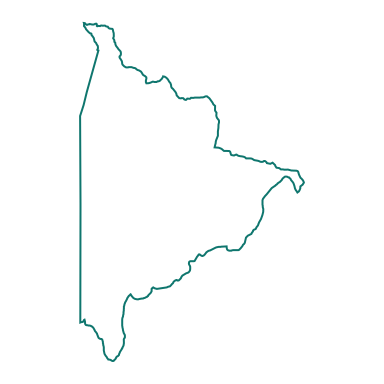 outline of Dota, San José, Costa Rica
{"feature_id": "36466004B86060640293430", "entity_name": "Dota", "entity_type": "district", "adm_level": 2, "iso_a3": "CRI", "parent_name": "Costa Rica", "parent_adm1": "San José", "projection": "robinson", "projection_center": [-83.888, 9.584], "detail": "fine", "context": "isolated", "style": "outline", "palette": "teal", "viewbox_px": 384, "rotation_deg": 0, "n_neighbors": 0, "source": "geoboundaries", "source_scale": "gbopen_adm2", "svg_char_len": 5889}
<svg xmlns="http://www.w3.org/2000/svg" viewBox="0 0 384 384"><path d="M297.4,192.5L298.9,191.4L299.7,189.9L300.3,188.3L300.3,187.0L300.4,186.4L302.8,184.5L303.1,183.8L303.8,182.8L303.9,182.4L303.0,180.4L301.4,178.5L300.7,178.0L300.3,177.4L299.0,174.6L298.1,171.6L297.4,171.0L296.3,170.7L291.4,170.5L288.0,169.6L284.5,169.7L282.9,169.4L280.9,169.4L279.4,168.2L278.6,168.0L276.5,167.7L275.4,166.1L275.1,165.1L272.6,162.7L270.3,163.8L266.9,163.1L266.7,162.5L265.9,161.7L264.9,161.0L264.0,161.0L262.8,161.8L261.2,161.9L260.2,161.7L259.2,161.2L258.0,160.8L254.2,160.1L252.8,159.2L251.7,158.6L250.2,158.4L246.1,158.4L245.1,157.4L243.9,156.8L242.0,156.4L240.2,156.2L238.4,155.8L237.3,155.2L236.6,154.6L235.8,154.7L234.0,155.5L231.7,155.1L231.1,154.8L230.9,154.3L230.2,151.9L229.8,151.4L229.1,151.0L223.9,150.9L221.6,148.9L220.3,148.3L218.6,147.7L214.6,147.4L215.0,145.6L215.7,143.0L215.7,142.1L216.1,140.3L217.9,135.8L217.9,131.4L218.4,127.9L218.5,124.5L219.0,122.5L219.0,120.8L218.5,119.7L218.0,119.2L217.2,118.2L216.6,116.9L216.3,115.7L216.5,112.7L215.4,111.2L215.0,110.2L215.1,105.9L213.4,104.4L212.5,102.6L210.0,99.1L209.3,98.2L208.0,97.2L207.3,96.6L206.9,96.3L205.4,96.4L203.7,97.2L202.6,97.4L201.0,97.4L199.8,97.6L194.8,97.6L193.4,97.9L191.0,97.8L190.4,98.5L189.9,98.8L187.3,98.6L186.3,99.7L185.9,99.9L185.2,99.8L184.1,99.3L183.8,98.7L183.2,98.2L181.5,98.1L181.1,98.3L180.4,98.3L179.2,98.1L176.7,95.4L176.3,93.6L175.6,92.2L172.9,88.8L171.7,87.8L171.3,86.9L171.1,85.9L171.1,85.1L170.4,83.1L169.2,81.7L167.9,79.4L166.4,77.8L164.7,76.7L163.1,76.4L163.0,76.9L161.6,79.1L160.6,79.9L160.1,80.6L159.4,81.0L158.6,81.3L157.7,81.3L156.5,82.0L154.4,82.0L153.3,81.7L152.6,81.7L150.4,82.7L148.7,83.2L146.4,83.3L145.9,82.2L145.9,80.5L146.4,78.5L146.3,77.3L145.2,76.2L143.2,75.0L142.6,74.3L142.4,73.7L141.0,71.6L139.0,70.4L137.6,70.0L136.5,69.3L135.6,68.4L134.6,68.0L133.6,67.9L131.4,67.1L128.8,67.1L128.1,67.4L126.1,67.4L124.3,66.4L122.6,64.7L122.2,63.8L122.1,62.5L121.8,61.1L120.8,59.4L119.8,58.0L119.5,57.1L119.5,56.7L119.7,56.2L120.5,55.5L120.9,54.3L120.9,52.9L120.6,51.5L120.1,50.9L118.4,49.1L117.7,48.0L116.2,46.1L115.8,45.3L115.4,44.2L115.2,42.6L114.4,41.9L114.3,40.3L114.0,39.5L113.2,38.4L113.3,37.7L113.7,36.9L113.8,36.2L113.7,33.1L113.3,31.9L112.8,29.5L112.4,28.9L110.6,28.7L109.4,28.5L108.6,28.0L107.8,26.7L106.5,26.5L105.9,26.3L105.2,25.7L104.6,25.6L102.4,25.7L101.8,25.5L101.0,25.5L100.1,26.1L98.2,25.9L97.7,26.2L97.1,26.2L96.8,25.9L96.8,24.2L96.3,23.7L95.3,23.8L93.8,24.5L92.0,24.5L89.7,24.0L89.3,24.3L88.3,24.3L87.3,24.8L86.6,24.8L86.0,24.5L85.2,23.4L84.6,23.1L83.9,23.0L84.1,23.7L84.0,26.1L85.3,27.6L86.1,29.3L88.6,32.1L90.2,33.4L91.1,33.5L91.4,33.8L91.7,35.4L92.4,36.0L93.8,38.1L94.6,41.5L96.1,43.0L96.7,44.4L97.8,46.0L98.0,48.1L97.6,49.2L97.3,49.7L97.4,50.1L98.4,50.5L86.8,92.0L83.6,105.1L80.1,116.0L80.5,204.7L80.3,322.5L81.0,322.2L82.4,322.0L83.1,321.7L84.1,319.9L84.5,319.7L85.0,321.6L85.1,323.8L85.8,324.9L86.6,325.2L87.4,325.2L88.3,325.5L89.5,325.5L90.9,325.9L91.4,326.3L91.7,326.3L93.2,327.6L94.6,330.0L94.7,330.5L95.2,331.3L96.2,332.4L96.8,333.4L97.0,333.6L97.3,334.8L97.7,335.5L97.9,336.4L98.7,338.0L99.8,338.7L100.9,339.0L101.5,339.0L102.2,339.5L102.9,341.9L102.9,343.2L103.2,344.0L103.2,345.0L103.6,346.2L103.8,347.5L103.8,350.4L104.5,353.8L105.6,355.7L106.6,356.9L107.4,358.4L108.2,359.2L108.3,359.5L110.0,359.7L111.1,360.2L111.5,360.6L112.6,361.0L113.2,361.0L114.1,360.5L114.3,360.0L115.0,359.5L115.8,358.5L115.8,358.2L116.7,356.7L118.0,356.0L119.0,354.9L119.1,354.0L119.8,352.6L119.8,352.2L121.9,348.9L121.9,348.6L122.3,348.2L122.3,347.9L123.5,345.6L123.9,343.2L123.8,339.3L124.2,338.4L124.8,337.7L124.9,337.2L124.9,335.6L124.7,334.7L123.8,333.2L122.9,329.9L122.9,329.2L122.5,327.7L122.4,326.7L122.2,325.8L122.2,319.5L122.4,318.0L123.0,316.5L123.2,314.9L123.5,314.1L123.5,312.4L123.6,312.2L123.6,311.2L123.8,310.9L123.8,308.9L123.9,308.7L123.9,306.4L124.2,305.9L124.5,304.1L124.8,303.6L125.1,302.5L126.0,301.0L127.2,298.6L127.2,298.3L128.6,296.2L129.0,295.7L129.5,295.5L130.3,294.5L130.6,294.3L131.9,296.3L133.5,298.1L135.0,298.9L136.9,299.3L138.4,299.3L139.2,299.0L142.2,298.5L143.1,298.5L143.8,298.1L144.6,298.0L146.1,297.2L146.9,296.9L147.0,296.7L147.3,296.6L147.8,296.0L148.0,296.0L148.3,295.3L150.7,292.9L151.6,291.3L151.6,289.3L151.7,288.7L152.2,288.4L152.3,288.1L153.2,287.4L154.7,288.3L156.9,288.9L166.8,287.4L168.0,286.8L170.0,286.3L171.4,284.8L172.0,284.0L172.9,283.3L173.6,281.8L174.1,281.3L174.6,281.0L175.3,280.4L176.4,280.0L176.8,280.0L177.3,280.5L178.4,280.5L178.9,280.3L180.8,278.4L181.5,276.8L182.4,275.6L186.0,273.4L188.4,272.5L189.0,271.9L189.6,271.1L190.0,270.4L190.2,269.0L190.2,266.9L190.1,266.3L189.1,264.4L188.9,263.6L189.1,262.1L189.6,261.5L190.5,261.2L193.9,261.2L194.6,261.0L197.1,256.7L198.2,255.4L198.4,254.9L198.9,254.4L199.6,254.4L199.7,254.6L201.6,255.8L202.5,256.0L203.7,255.5L204.5,254.8L205.7,253.3L206.3,252.4L207.9,251.2L209.2,250.6L210.0,250.5L215.7,247.6L216.6,247.3L218.5,246.9L220.6,246.9L221.1,246.7L226.6,246.4L226.7,247.8L227.0,249.2L227.3,249.7L227.9,250.2L229.3,250.7L231.3,250.7L231.8,250.4L233.3,250.1L238.5,250.1L239.0,249.9L240.8,248.1L241.3,247.4L242.2,246.4L243.1,244.7L244.0,244.0L244.8,242.8L246.0,237.6L247.8,235.7L251.2,234.0L251.6,233.6L251.8,232.8L252.9,231.5L253.1,230.5L253.4,230.2L254.0,229.7L255.5,229.1L255.8,228.8L256.4,227.4L257.9,225.5L258.4,224.3L258.5,223.7L258.8,223.2L259.0,222.5L261.0,219.0L262.4,215.1L263.2,211.9L263.3,209.0L262.8,207.3L262.7,205.4L262.5,204.9L262.5,200.2L263.0,198.8L265.0,196.1L266.7,194.3L271.7,188.1L274.3,186.3L275.4,185.6L275.7,185.1L276.7,184.5L277.5,183.7L277.6,183.4L279.4,182.2L279.7,182.1L281.7,180.1L282.5,178.7L283.0,178.2L284.7,176.8L285.1,176.6L286.4,176.6L287.1,176.7L288.7,177.5L289.1,177.5L289.2,177.8L290.4,178.7L291.0,180.0L292.9,182.3L293.5,183.3L294.4,185.9L295.0,188.5L295.9,190.3L296.3,190.7L297.4,192.5Z" fill="none" stroke="#0f766e" stroke-width="2"/></svg>